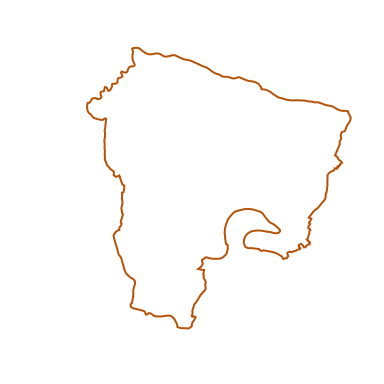 outline of Krok Phra, Nakhon Sawan, Thailand, rotated 111°
{"feature_id": "78962969B8513684834011", "entity_name": "Krok Phra", "entity_type": "district", "adm_level": 2, "iso_a3": "THA", "parent_name": "Thailand", "parent_adm1": "Nakhon Sawan", "projection": "mercator", "projection_center": [100.023, 15.583], "detail": "fine", "context": "isolated", "style": "outline", "palette": "amber", "viewbox_px": 384, "rotation_deg": 111, "n_neighbors": 0, "source": "geoboundaries", "source_scale": "gbopen_adm2", "svg_char_len": 5922}
<svg xmlns="http://www.w3.org/2000/svg" viewBox="0 0 384 384"><g transform="rotate(111 192 192)"><path d="M323.3,157.2L323.1,153.6L321.4,149.0L320.9,146.7L320.1,145.8L317.4,144.1L316.0,144.7L313.0,144.8L311.2,144.1L308.7,143.8L307.4,143.9L307.3,144.5L307.6,145.5L307.5,146.4L308.2,146.7L308.1,147.7L303.9,148.3L302.9,149.1L295.8,149.6L294.2,148.9L292.3,148.4L284.3,146.9L284.0,146.4L281.6,146.0L281.0,145.4L279.9,144.9L277.8,144.7L276.9,144.7L274.0,146.4L271.1,146.8L270.4,147.7L269.8,148.0L267.7,150.7L265.9,150.9L264.8,152.0L260.5,152.8L261.4,156.2L261.7,158.6L258.0,156.5L256.3,156.3L254.5,156.4L253.4,157.6L251.9,158.3L250.3,157.1L248.3,156.1L247.8,154.8L247.6,151.8L246.7,148.1L244.9,143.5L243.8,141.5L242.8,140.3L241.1,139.3L237.8,137.7L235.6,137.7L234.3,138.0L232.5,138.2L228.9,139.6L228.3,140.1L228.5,141.3L226.4,142.9L225.2,143.3L224.0,144.2L221.3,145.3L218.5,146.9L214.0,148.2L209.7,148.6L204.5,148.6L199.9,147.2L196.3,145.7L194.9,144.7L193.4,143.0L189.8,137.8L188.4,135.3L187.5,133.1L186.5,129.0L186.1,123.8L186.0,120.8L186.2,119.6L186.7,118.4L189.8,113.6L192.2,109.1L192.7,107.2L192.8,105.0L193.3,102.8L194.7,98.8L195.6,96.9L196.1,96.2L197.1,95.8L198.5,96.2L199.1,96.6L200.6,98.9L201.0,101.2L201.3,104.4L202.3,108.4L203.3,113.5L203.9,115.6L205.6,119.5L206.6,121.2L207.6,122.5L209.0,123.8L210.9,125.2L212.2,125.8L213.7,126.2L216.6,126.4L218.4,126.2L220.7,125.5L222.4,124.2L223.6,123.1L224.0,122.6L224.3,121.1L224.1,118.8L222.9,115.9L221.2,108.8L222.0,108.1L222.1,105.9L220.9,104.6L219.2,95.5L218.9,92.4L219.1,89.7L220.0,84.8L221.7,83.3L221.8,82.6L220.6,81.6L220.2,80.1L219.3,79.5L218.1,79.6L217.4,79.2L215.3,81.0L214.6,81.1L213.9,80.8L212.6,78.9L212.3,76.9L210.7,75.8L209.6,73.9L207.9,72.7L206.5,70.5L206.0,70.5L205.3,71.3L205.1,72.4L204.6,72.9L203.3,73.3L202.4,72.8L202.3,72.4L201.6,71.8L201.4,71.3L202.3,69.0L203.6,67.8L203.2,66.8L202.8,66.3L201.1,65.9L199.8,64.8L198.5,64.4L198.5,63.5L196.5,64.0L196.1,66.3L195.7,66.3L195.3,67.8L193.8,67.2L191.2,67.6L189.6,67.7L188.8,67.5L186.0,68.5L185.3,68.4L185.0,68.0L184.2,69.0L184.1,70.4L183.2,70.9L182.3,70.9L179.5,70.2L178.9,71.6L178.5,71.9L176.7,71.2L174.2,71.0L174.1,73.7L167.6,71.9L165.1,70.9L163.9,70.2L162.9,69.3L158.7,67.7L155.3,66.7L152.3,65.5L151.3,65.3L148.6,65.4L146.3,66.4L143.7,66.4L141.2,66.9L136.8,68.1L134.8,69.0L130.3,70.5L128.5,71.3L127.4,71.5L125.0,70.8L124.5,70.3L122.8,69.3L121.4,67.6L120.4,67.0L118.8,67.3L118.5,65.5L118.3,65.0L117.5,65.1L117.4,65.5L116.4,65.1L116.0,65.2L115.7,64.9L115.4,65.0L115.1,64.6L115.4,64.3L115.1,64.3L114.8,63.7L113.4,63.5L112.9,63.8L111.5,62.6L110.7,62.6L110.0,64.0L109.4,66.2L109.0,67.0L108.7,67.4L108.1,67.7L106.8,70.0L106.6,71.6L94.6,71.1L91.5,72.4L89.6,71.8L88.6,71.8L88.0,72.1L87.0,72.9L85.8,73.4L82.8,73.7L82.2,73.4L80.7,71.4L79.8,71.0L74.7,71.1L69.8,70.0L68.0,70.0L65.7,70.4L61.9,74.6L60.7,75.2L61.1,77.3L62.2,80.2L62.8,83.2L62.7,85.8L61.8,91.2L61.8,92.7L62.9,98.2L62.9,103.5L63.2,107.2L64.2,108.9L64.7,112.8L65.7,115.5L66.0,118.5L66.3,119.6L68.7,126.8L70.7,131.5L71.4,134.2L72.0,137.1L72.2,140.3L72.6,143.7L72.7,145.8L71.4,151.6L70.4,154.8L70.1,158.0L70.2,160.3L70.6,162.2L71.2,163.9L69.7,164.9L69.0,165.6L68.0,167.4L67.1,169.1L66.8,172.2L66.9,174.1L68.1,179.8L68.1,185.2L67.9,189.0L68.7,190.5L70.5,192.6L71.3,194.5L71.5,196.5L71.5,199.2L72.1,201.2L72.9,203.2L73.3,205.8L72.7,207.5L72.6,208.7L72.9,212.6L72.7,214.3L72.1,217.2L71.3,219.5L70.5,223.5L70.7,227.7L70.4,230.9L69.9,239.6L70.1,242.3L71.0,247.0L71.0,248.3L70.5,256.8L70.8,258.0L71.3,259.3L74.0,263.0L75.1,265.1L75.4,267.0L74.7,270.8L74.6,272.0L75.0,273.8L75.5,275.3L78.0,279.1L78.9,281.8L79.1,283.3L78.8,285.7L78.2,288.4L77.1,291.6L76.8,293.2L77.0,294.8L77.8,296.7L79.0,298.8L79.5,299.1L80.0,299.1L81.1,298.0L82.0,297.4L86.0,296.4L88.5,295.5L91.0,293.8L92.2,292.5L93.6,291.2L94.0,291.0L94.8,291.1L95.6,291.9L97.0,294.5L97.9,295.3L99.5,295.7L102.9,295.6L103.8,296.0L104.2,296.4L104.6,297.8L104.7,300.6L104.9,300.9L105.5,301.1L106.2,300.9L106.9,300.3L108.0,298.9L109.0,298.4L110.2,298.9L111.6,300.9L112.7,301.8L113.2,301.8L116.5,300.9L116.9,301.0L118.4,302.3L119.0,304.3L119.9,305.2L120.2,305.2L121.6,304.6L123.4,304.5L126.4,305.0L127.1,305.6L127.5,306.1L127.5,306.5L125.3,308.8L125.0,310.2L125.3,310.9L126.0,310.9L128.3,310.5L129.2,310.4L130.0,311.1L131.1,312.9L131.7,313.1L132.2,313.0L133.8,312.3L135.6,310.7L136.8,310.7L138.3,311.8L138.9,312.8L139.2,313.7L138.8,315.0L139.0,316.1L140.6,318.7L145.0,319.5L145.8,320.2L146.2,321.4L149.2,320.8L151.4,319.9L153.5,318.6L154.7,317.3L155.4,316.2L155.5,314.8L157.4,311.7L158.0,310.3L157.8,306.0L157.1,301.9L156.3,300.9L154.8,300.0L154.4,299.6L154.3,298.9L154.5,298.4L164.0,295.8L165.6,295.7L166.5,295.3L168.8,294.0L170.4,293.4L173.9,292.5L175.3,292.4L178.5,290.7L181.3,289.8L184.8,288.1L189.1,286.6L191.4,285.4L193.1,285.0L195.5,282.4L197.1,281.4L200.0,275.9L200.9,272.3L201.8,271.8L204.4,271.1L204.4,270.6L204.9,269.7L205.1,268.3L204.4,267.9L204.1,266.9L202.7,265.8L203.0,265.6L203.3,265.0L203.8,264.6L204.8,264.1L209.7,259.8L210.1,258.9L210.2,257.6L210.4,257.4L213.7,256.4L216.4,255.9L217.2,256.1L217.5,256.9L217.9,257.1L220.5,255.9L222.8,255.3L225.8,253.6L226.7,253.3L227.7,252.7L231.0,252.4L233.3,251.8L234.6,250.7L236.1,250.1L236.9,249.6L237.4,248.7L237.8,248.4L240.4,248.3L245.4,247.9L246.0,247.5L246.7,246.4L248.4,246.2L249.9,246.7L251.6,246.9L252.4,246.8L253.6,246.2L254.3,247.3L256.1,248.6L256.9,248.8L257.6,249.4L258.8,249.2L259.6,249.7L260.3,249.8L262.9,248.4L271.7,241.6L276.5,238.2L279.0,234.3L281.3,232.9L285.2,229.7L288.1,227.8L291.7,224.3L293.8,219.2L294.5,215.1L295.9,213.1L298.6,212.2L301.9,212.1L305.1,211.5L310.1,209.6L317.0,208.3L318.2,208.9L319.5,208.9L320.1,208.6L320.9,208.0L321.2,207.4L321.6,205.0L320.4,195.5L320.6,193.5L321.0,192.7L322.6,191.6L322.9,190.8L322.4,190.1L320.7,189.1L320.4,188.6L320.2,187.7L320.5,185.5L321.4,182.8L321.0,181.0L319.1,175.7L317.0,172.2L315.2,168.0L315.8,165.2L317.4,162.3L320.7,158.7L323.3,157.2Z" fill="none" stroke="#b45309" stroke-width="2"/></g></svg>